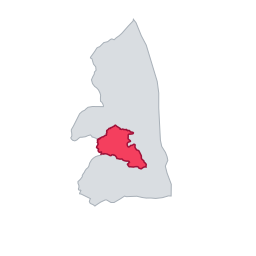 location of Bong within Liberia, rotated 225°
{"feature_id": "LBR-784", "entity_name": "Bong", "entity_type": "County", "adm_level": 1, "iso_a3": "LBR", "parent_name": "Liberia", "parent_adm1": "", "projection": "mercator", "projection_center": [-9.669, 6.93], "detail": "fine", "context": "in_parent", "style": "filled", "palette": "rose", "viewbox_px": 256, "rotation_deg": 225, "n_neighbors": 0, "source": "natural_earth", "source_scale": "10m", "svg_char_len": 5644}
<svg xmlns="http://www.w3.org/2000/svg" viewBox="0 0 256 256"><g transform="rotate(225 128 128)"><path d="M49.4,110.4L51.4,108.6L54.4,103.1L58.6,97.8L62.4,94.6L65.5,91.4L68.8,88.9L73.5,86.0L80.6,78.3L82.3,77.4L83.4,72.1L85.2,65.4L87.3,63.3L92.2,62.0L93.3,60.9L95.0,56.1L96.1,50.6L96.2,49.4L98.2,49.2L101.4,48.0L103.3,48.6L104.2,50.2L104.6,51.5L114.6,48.1L115.4,47.3L116.0,47.5L117.2,50.6L117.9,50.4L118.5,49.5L119.2,49.4L120.0,49.8L120.7,51.3L122.0,52.6L124.2,53.5L125.5,54.7L125.4,58.1L125.9,61.3L126.8,62.1L127.3,64.0L127.6,66.1L128.1,67.2L128.5,69.4L128.3,71.7L128.7,73.3L130.3,76.1L131.2,79.6L131.2,82.1L130.7,84.7L129.6,87.1L127.8,89.7L127.6,90.7L128.7,91.4L130.4,91.5L131.8,91.0L135.3,92.2L137.1,93.9L138.8,96.0L140.2,97.1L140.9,98.4L143.4,98.1L146.3,96.8L146.9,96.2L147.7,96.5L149.6,96.6L150.9,94.3L152.0,91.6L154.2,88.7L155.3,87.6L155.6,85.8L155.7,83.4L156.5,81.3L158.4,80.2L160.4,80.2L161.5,80.6L162.0,82.6L163.7,84.2L165.0,85.2L165.8,85.6L166.9,86.8L168.0,90.9L172.3,103.9L172.1,107.5L171.2,109.8L171.2,112.1L170.9,114.4L168.3,118.1L160.5,125.7L161.1,126.4L163.0,127.3L164.9,127.7L166.4,127.5L168.4,129.4L170.5,131.8L172.7,133.0L175.9,134.1L178.6,134.2L181.0,133.8L184.4,134.3L187.9,136.2L189.2,139.5L190.0,142.3L191.3,143.8L191.4,146.2L194.0,148.4L197.6,148.8L202.3,151.4L203.5,151.2L204.0,150.9L204.5,151.4L205.7,158.7L206.6,162.6L206.2,164.1L205.5,165.4L205.5,171.3L203.4,174.7L203.0,178.4L202.4,179.6L200.2,180.6L200.1,183.5L199.5,186.9L199.3,190.6L199.9,200.2L200.1,207.3L201.1,208.7L196.7,208.1L183.7,202.6L173.7,199.5L140.3,181.6L131.0,174.5L120.3,163.8L96.5,142.3L91.1,138.8L84.2,137.2L80.0,135.3L77.0,133.3L74.6,127.4L68.6,123.8L57.6,118.8L49.4,110.4Z" fill="#d9dde1" stroke="#a8b0b8" stroke-width="1"/><path d="M126.7,92.4L127.1,92.2L128.2,91.1L128.6,90.5L129.3,91.8L129.8,92.2L130.4,91.3L130.6,91.3L130.8,91.1L130.9,90.7L131.0,90.6L131.4,90.5L132.0,90.5L132.5,90.6L132.8,90.7L133.1,90.9L133.4,91.2L133.7,92.0L133.9,92.2L134.5,92.3L135.8,92.0L136.4,92.0L137.0,92.8L137.5,95.2L138.4,96.1L138.7,96.2L139.5,96.1L139.7,96.3L139.7,96.9L140.0,97.2L140.8,97.6L140.9,98.1L140.6,99.4L141.0,99.0L141.3,98.9L141.2,99.3L139.9,103.5L139.2,104.4L139.2,105.0L139.1,105.4L139.0,105.9L138.9,106.2L138.9,106.7L138.9,106.8L138.2,107.5L138.4,108.0L138.6,108.3L138.8,108.4L139.1,108.6L139.3,108.7L139.4,108.9L139.4,109.2L139.6,109.4L139.7,109.6L139.8,109.7L139.9,110.2L140.0,110.3L140.3,110.4L140.5,110.4L140.7,110.5L140.9,110.8L141.2,111.2L141.2,111.5L141.0,112.6L140.9,113.0L141.0,113.3L141.1,114.1L141.1,114.4L141.0,114.6L140.7,114.8L140.6,115.0L140.4,115.1L140.3,115.3L140.1,115.4L140.2,115.6L140.3,115.8L140.4,116.0L140.3,116.4L140.1,116.7L140.0,116.8L139.9,117.0L139.6,117.6L139.6,117.8L139.6,118.0L139.5,118.6L139.4,118.8L139.3,119.0L139.0,119.4L139.0,119.6L139.2,120.0L139.2,120.3L139.0,120.9L138.9,121.1L138.7,121.2L138.3,121.2L137.9,121.2L137.3,121.2L133.6,122.1L133.2,122.1L133.1,121.9L133.0,121.7L132.7,121.6L132.5,121.8L132.2,122.0L131.6,122.4L131.5,122.6L131.4,122.8L131.3,123.0L131.2,123.3L130.8,123.7L130.6,123.7L130.2,123.7L130.0,123.8L129.3,124.5L128.7,124.9L128.5,125.2L128.3,125.7L128.1,125.7L127.9,125.7L127.5,125.6L127.3,125.7L127.1,125.8L127.0,126.0L126.8,126.0L126.6,125.9L126.3,125.9L126.2,126.0L126.1,126.4L125.8,126.7L125.6,127.0L125.3,127.1L124.9,127.1L124.4,127.2L124.2,127.1L123.8,127.0L123.5,126.9L123.3,127.0L122.6,127.7L121.6,128.3L121.1,128.4L120.8,128.4L120.7,128.3L120.6,128.1L120.5,127.8L120.5,127.7L120.5,127.4L120.6,127.2L121.0,126.6L121.9,125.4L122.5,124.9L122.9,124.3L123.0,124.2L123.1,123.9L123.1,123.6L123.0,123.4L122.9,123.2L122.7,122.9L121.8,122.1L120.8,120.9L120.6,120.7L120.4,120.6L120.0,120.4L119.8,120.4L119.6,120.4L117.6,120.6L117.3,120.6L117.1,120.5L117.0,120.4L116.8,120.2L117.6,118.5L117.8,117.9L117.8,117.7L117.8,117.4L117.7,117.0L117.7,116.8L117.6,116.5L117.5,116.4L117.3,116.2L117.1,115.9L116.6,115.5L115.9,115.1L115.6,115.0L115.3,114.9L114.9,114.8L114.6,114.8L114.3,114.9L114.1,115.2L113.9,115.5L113.7,115.8L113.7,116.0L113.7,116.5L113.8,117.4L113.7,117.6L113.6,117.9L113.0,118.4L112.9,118.5L112.8,118.8L112.7,119.1L112.6,119.4L112.6,120.0L112.5,120.4L112.4,120.6L112.1,120.9L111.6,121.1L111.4,121.1L111.1,121.1L110.9,120.9L110.6,120.6L109.9,119.7L109.5,119.4L109.4,119.3L108.5,119.0L106.9,118.7L106.6,118.6L106.4,118.7L106.0,118.8L105.1,119.3L104.6,119.5L104.3,119.5L104.0,119.5L99.3,117.9L98.9,117.7L98.6,117.5L98.3,117.2L97.6,116.5L97.4,116.4L97.2,116.2L96.7,115.9L96.3,115.8L96.1,115.8L95.5,115.8L94.7,115.9L93.4,115.9L92.8,115.4L92.4,115.3L92.2,115.3L91.9,115.3L91.5,115.4L89.9,115.3L89.4,115.1L89.0,114.8L88.9,114.5L87.7,113.1L88.3,112.8L88.5,112.6L89.1,111.5L89.5,110.3L89.6,109.6L89.6,108.8L89.7,108.6L90.0,108.3L90.3,108.1L91.6,107.5L91.9,107.4L92.0,107.4L93.0,107.6L93.3,107.6L93.6,107.5L93.9,107.4L94.2,107.2L95.4,105.9L96.0,105.1L96.4,104.4L96.6,104.2L99.1,102.1L99.4,101.7L99.5,101.6L99.9,101.4L100.9,101.5L102.3,101.8L102.8,102.0L102.9,102.3L102.8,102.5L102.7,102.6L102.6,102.8L102.4,103.1L102.5,103.2L102.6,103.3L102.7,103.5L102.8,103.9L102.9,104.0L103.0,104.4L103.0,104.5L102.9,104.6L102.8,104.8L103.0,104.9L103.4,105.1L104.0,105.0L104.7,104.5L105.9,103.3L107.3,102.4L108.1,102.0L109.0,101.8L109.2,101.7L109.5,101.7L109.7,101.8L109.9,101.9L110.1,101.9L110.3,101.8L110.5,101.6L110.9,101.3L111.6,100.4L112.3,99.9L113.7,99.1L114.2,98.6L115.4,99.1L115.9,99.3L117.3,99.4L117.6,99.4L117.9,99.3L118.2,99.2L118.9,98.7L119.2,98.6L119.2,98.8L119.8,98.5L120.2,98.0L120.5,97.4L120.3,97.0L120.5,96.5L120.8,96.1L121.2,95.8L122.2,95.6L123.0,95.2L123.8,95.0L124.5,94.7L125.9,93.7L126.9,92.8L126.8,92.6L126.7,92.4L126.7,92.4Z" fill="#f43f5e" stroke="#9f1239" stroke-width="1.5"/></g></svg>